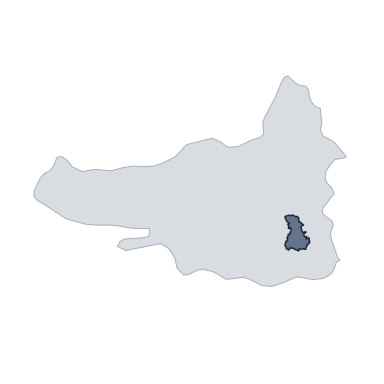 San Ignacio de Sabaneta, Santiago Rodríguez, Dominican Republic shown in context, rotated 173°
{"feature_id": "3306468B60341362842796", "entity_name": "San Ignacio de Sabaneta", "entity_type": "district", "adm_level": 2, "iso_a3": "DOM", "parent_name": "Dominican Republic", "parent_adm1": "Santiago Rodríguez", "projection": "mercator", "projection_center": [-71.312, 19.362], "detail": "fine", "context": "in_parent", "style": "filled", "palette": "slate", "viewbox_px": 384, "rotation_deg": 173, "n_neighbors": 0, "source": "geoboundaries", "source_scale": "gbopen_adm2", "svg_char_len": 5899}
<svg xmlns="http://www.w3.org/2000/svg" viewBox="0 0 384 384"><g transform="rotate(173 192 192)"><path d="M54.5,259.1L54.8,244.1L57.1,238.1L55.0,231.7L45.5,224.9L39.6,216.2L34.5,208.4L35.6,207.3L46.0,206.9L49.6,204.1L56.6,196.2L58.0,189.8L57.4,184.9L52.9,179.1L51.1,173.0L56.7,167.7L64.0,160.0L65.0,157.0L64.9,154.0L56.3,145.8L55.8,142.3L59.7,133.4L59.3,127.5L55.4,109.1L53.5,106.4L57.3,104.8L59.8,99.3L63.1,94.4L67.6,91.8L72.6,90.2L82.6,90.3L96.4,94.6L100.3,94.5L113.5,90.6L124.5,88.5L134.9,90.9L139.0,94.2L147.6,99.5L151.9,101.1L165.4,101.0L169.1,101.5L180.4,110.2L189.9,113.7L195.5,113.9L205.4,110.5L210.3,110.6L216.0,118.1L217.1,128.7L221.8,138.4L229.0,144.6L264.7,142.0L272.7,147.1L269.9,151.3L264.9,153.6L247.9,152.6L240.5,153.1L239.0,157.3L239.0,161.1L248.9,162.1L258.6,164.0L268.5,167.1L278.6,169.3L290.0,170.7L301.1,172.9L319.8,180.5L340.4,197.8L345.9,201.8L349.5,207.2L347.8,213.8L340.4,224.8L336.3,228.3L330.2,230.4L326.0,234.9L322.0,242.5L319.6,243.1L316.7,242.8L311.7,238.5L308.2,231.9L298.3,225.6L286.4,226.4L269.0,222.8L258.5,224.5L248.0,225.0L237.2,223.1L226.3,222.4L215.5,224.8L205.0,228.8L201.2,231.3L194.4,237.5L190.9,239.8L165.3,242.9L158.0,238.4L151.1,232.2L141.3,231.3L127.1,236.1L118.2,237.9L114.5,239.9L113.5,242.3L113.5,251.0L111.4,256.3L97.6,276.2L89.7,290.3L86.5,294.6L82.8,295.5L76.0,287.5L71.6,284.5L66.2,283.1L63.9,278.8L64.0,272.7L62.6,266.8L59.3,262.1L54.5,259.1Z" fill="#d9dde1" stroke="#a8b0b8" stroke-width="1"/><path d="M81.8,132.3L82.1,132.1L82.4,132.0L82.7,131.9L83.1,131.8L83.2,131.7L83.9,131.4L84.0,131.4L84.2,131.5L84.4,131.8L84.4,132.0L84.4,132.4L84.0,132.8L83.7,133.3L83.7,133.6L83.7,133.9L83.8,134.0L84.0,134.0L84.4,133.9L84.7,133.7L84.8,133.7L85.0,133.6L85.3,133.7L85.6,133.9L85.7,134.0L85.9,134.4L86.2,135.0L86.2,135.3L86.2,135.5L86.2,136.0L86.1,136.5L85.9,137.0L85.6,137.2L85.2,137.3L84.8,137.4L84.6,137.7L84.2,137.8L84.0,138.0L83.9,138.1L83.9,138.4L83.9,138.5L84.0,138.7L84.2,138.8L84.3,138.8L84.6,138.8L84.7,138.7L85.0,138.5L85.2,138.4L85.3,138.4L85.6,138.5L85.8,138.5L86.0,138.5L86.2,138.4L86.3,138.3L86.5,138.4L86.9,138.5L87.0,138.6L87.2,139.0L87.3,139.3L87.7,139.7L87.7,139.9L87.8,140.1L87.8,140.5L87.9,140.8L87.9,141.0L87.8,141.5L87.8,142.1L87.8,142.5L88.0,143.0L88.1,143.4L88.2,143.7L88.2,143.9L88.2,144.0L88.0,144.4L87.9,144.5L87.6,144.6L87.3,144.8L86.8,145.0L86.3,145.4L86.0,145.5L85.7,145.5L85.5,146.0L85.8,146.2L86.0,146.3L86.4,146.7L86.4,146.8L86.8,147.5L87.0,147.7L87.4,147.8L87.5,147.9L87.6,148.0L87.9,148.4L88.0,148.7L88.1,148.8L88.4,148.8L89.0,148.8L89.3,148.9L89.4,149.0L89.5,149.2L89.4,149.4L89.3,149.9L89.2,150.0L89.1,150.3L89.3,150.7L89.4,151.1L89.5,151.5L89.6,151.8L89.7,152.1L89.5,152.9L89.4,153.1L89.2,153.4L89.5,153.7L89.9,154.1L90.3,154.5L90.6,154.9L90.7,155.0L90.9,155.0L91.2,155.0L91.3,155.0L91.6,154.8L91.8,154.9L91.9,155.1L92.0,155.2L92.3,155.1L92.6,155.1L92.8,155.2L93.1,155.5L93.4,155.6L93.6,155.8L93.8,156.0L94.1,156.4L94.2,156.6L94.4,156.8L95.2,156.8L95.6,156.8L96.5,156.4L96.8,156.4L97.0,156.4L97.4,156.7L97.6,156.8L98.0,156.9L98.3,157.1L98.5,157.1L99.0,157.1L99.3,157.0L99.4,156.9L100.2,156.8L100.3,156.8L100.6,156.7L101.4,156.6L101.6,156.6L101.9,156.4L102.6,156.4L102.8,156.2L102.7,155.8L102.6,155.7L102.6,154.7L102.6,154.3L102.3,153.9L102.2,153.7L101.7,153.3L101.7,153.2L101.8,152.7L101.8,152.0L101.8,151.8L101.6,151.6L101.3,151.4L101.2,151.2L101.1,150.7L100.8,150.5L100.5,150.4L100.3,150.3L99.9,149.8L99.7,149.4L99.4,149.0L99.3,148.8L99.3,148.7L99.5,148.5L99.6,148.4L99.8,148.4L100.1,148.6L100.3,148.6L100.5,148.6L100.7,148.2L100.8,148.1L100.7,147.8L100.4,147.2L100.3,146.9L100.3,146.6L100.3,146.0L100.3,145.7L100.5,145.2L100.6,144.9L100.7,144.6L100.7,144.4L100.3,143.9L100.1,143.7L99.7,143.8L99.4,144.0L99.2,144.3L99.0,144.6L98.9,144.6L98.7,144.7L98.2,143.8L98.1,143.5L98.0,143.3L98.0,142.8L98.0,142.6L98.1,142.4L98.8,141.0L99.2,140.4L99.4,140.1L99.6,139.8L99.7,139.7L99.3,138.9L99.4,138.7L99.9,138.3L100.0,138.2L100.3,138.2L100.6,138.2L100.8,138.2L101.0,138.2L101.3,138.3L101.5,138.3L101.5,138.2L101.7,137.9L101.8,137.6L101.9,137.1L102.1,136.8L102.1,136.3L102.4,135.8L102.6,135.5L102.7,135.4L102.8,135.3L103.2,135.3L103.3,135.2L103.4,134.7L103.2,134.2L103.1,133.8L102.9,133.5L102.9,133.3L102.9,133.1L103.0,132.7L103.1,132.3L103.2,132.2L103.4,131.9L103.5,131.8L103.7,131.7L103.9,131.7L104.6,131.7L104.8,131.7L105.1,131.2L105.2,130.9L105.2,130.4L105.2,130.2L105.4,129.9L105.5,129.5L105.5,129.4L105.6,129.2L105.9,129.1L106.0,128.3L106.0,128.1L106.1,127.9L106.2,127.7L106.2,127.4L106.0,127.1L105.9,126.6L105.6,126.2L105.3,125.9L105.2,125.8L105.2,125.7L105.2,125.2L105.3,124.8L105.2,124.4L105.2,124.1L104.7,123.9L104.4,123.8L104.0,123.7L103.9,123.6L103.7,123.2L103.5,122.8L103.4,122.7L103.2,122.7L102.9,122.7L102.8,122.8L102.5,123.0L102.3,123.3L102.1,123.5L101.9,124.0L101.8,124.3L101.6,124.6L101.4,124.7L100.8,124.4L100.5,124.3L100.0,124.0L99.9,124.0L99.5,124.1L99.4,124.2L98.8,123.9L98.5,123.7L98.3,123.6L98.1,123.5L97.7,123.1L97.0,122.7L96.7,122.6L96.4,122.4L96.1,122.1L95.9,121.9L95.4,121.7L95.2,121.6L94.8,121.6L94.7,121.5L94.5,121.4L94.3,121.0L94.1,120.9L93.5,120.8L93.2,120.6L92.9,120.7L92.9,120.8L92.9,121.0L93.0,121.6L92.9,122.0L92.5,122.6L92.3,122.7L92.1,122.8L92.0,122.7L91.6,122.6L91.5,122.4L91.3,122.2L91.1,122.1L90.5,122.1L90.4,122.0L90.0,121.9L89.6,121.8L89.2,121.8L88.7,122.0L88.4,122.1L88.2,122.0L88.0,121.9L87.5,121.7L87.4,121.6L87.2,121.4L86.9,121.3L86.7,121.3L86.4,121.3L85.9,121.5L85.7,121.8L85.9,122.3L85.7,122.9L85.7,123.0L85.4,123.2L85.3,123.3L85.2,123.7L85.1,123.8L84.8,123.9L84.7,124.4L84.6,124.5L84.3,124.8L84.2,125.0L84.2,125.6L84.1,125.8L83.6,125.9L83.4,126.0L82.9,126.2L82.6,126.4L82.4,126.5L82.0,126.8L81.6,127.1L81.5,127.3L81.4,127.4L81.4,127.6L81.5,127.7L81.8,128.2L81.9,128.4L81.9,128.5L81.9,128.8L81.7,129.0L81.2,129.2L81.5,130.0L81.4,130.4L81.4,130.6L81.4,131.3L81.4,131.7L81.4,131.8L81.5,131.9L81.7,132.2L81.8,132.3Z" fill="#64748b" stroke="#1e293b" stroke-width="1.5"/></g></svg>